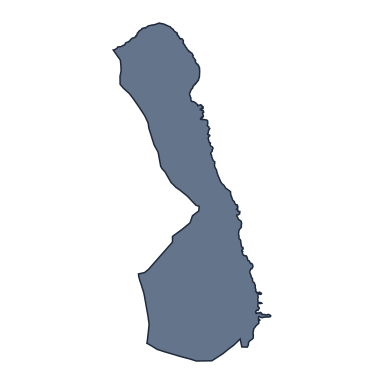 Domoni, Andjouân, Comoros (Albers equal-area conic projection)
{"feature_id": "10938185B41806506469500", "entity_name": "Domoni", "entity_type": "district", "adm_level": 2, "iso_a3": "COM", "parent_name": "Comoros", "parent_adm1": "Andjouân", "projection": "albers", "projection_center": [44.503, -12.179], "detail": "fine", "context": "isolated", "style": "filled", "palette": "slate", "viewbox_px": 384, "rotation_deg": 0, "n_neighbors": 0, "source": "geoboundaries", "source_scale": "gbopen_adm2", "svg_char_len": 5969}
<svg xmlns="http://www.w3.org/2000/svg" viewBox="0 0 384 384"><path d="M247.3,347.1L248.2,345.3L248.5,344.1L248.5,342.7L249.2,341.5L249.9,340.8L252.0,339.3L253.1,338.3L253.4,336.0L253.0,332.6L253.5,330.8L253.6,329.1L256.5,325.2L257.9,324.2L258.8,323.2L258.9,322.5L258.5,320.3L259.6,320.4L259.9,320.2L259.8,319.8L258.5,318.7L258.6,317.7L258.5,317.1L258.9,316.6L259.1,316.5L259.9,316.6L260.6,317.3L262.0,317.7L265.0,317.0L266.0,317.2L266.9,316.9L268.6,317.1L270.4,316.6L270.8,315.9L269.9,315.0L268.7,314.5L267.9,314.4L266.6,315.0L266.2,315.0L264.9,314.5L262.5,314.5L261.9,313.7L261.5,313.7L261.2,313.5L261.0,312.6L260.7,312.4L259.3,312.7L258.8,313.2L257.3,312.9L256.7,313.4L256.3,313.5L256.0,313.3L255.8,313.0L255.9,312.3L255.6,311.9L255.7,311.6L256.1,311.1L256.5,310.2L257.1,310.1L258.1,310.4L258.2,310.1L258.2,309.4L259.2,308.7L259.2,308.1L259.1,307.7L258.5,307.2L258.5,306.7L258.2,306.4L257.7,306.2L258.0,303.8L258.6,303.3L260.1,303.6L261.8,303.3L261.5,302.9L260.3,302.5L259.4,302.5L258.6,302.8L258.3,302.6L257.9,301.5L257.8,298.6L258.2,297.2L257.9,295.8L258.0,294.8L258.7,293.5L259.6,294.2L260.5,294.4L261.3,294.0L261.5,293.5L261.4,293.2L260.2,293.0L259.7,292.1L258.7,292.4L258.1,292.9L257.6,292.8L256.9,293.0L256.6,292.6L256.8,292.1L255.7,291.4L255.6,291.2L255.9,290.0L255.2,287.4L255.3,285.6L254.2,282.7L253.3,282.2L252.9,281.6L252.6,280.6L252.5,278.8L252.0,277.9L251.2,277.0L251.1,275.7L250.6,274.8L250.5,274.1L249.8,272.5L249.7,272.0L249.9,271.1L250.8,268.9L251.1,268.7L251.4,268.9L251.8,268.8L252.3,268.0L253.0,266.6L252.5,264.4L251.5,263.4L250.8,263.7L250.2,262.9L249.2,260.9L248.0,260.4L247.8,260.1L246.8,256.6L246.6,256.2L246.3,255.9L245.3,255.9L244.3,255.4L243.7,255.4L242.8,254.4L242.4,252.6L242.4,252.0L242.8,251.4L242.7,251.3L241.9,251.2L241.7,250.7L241.7,250.3L241.9,250.0L243.1,249.0L243.0,247.7L242.4,247.7L242.4,247.3L241.8,247.1L241.6,246.7L240.8,242.4L240.7,240.6L240.5,240.1L239.8,239.2L239.2,238.8L239.0,238.3L239.0,235.7L238.6,235.2L238.7,231.7L239.2,229.9L240.1,228.6L240.9,227.8L241.4,226.9L241.3,225.4L241.6,223.4L241.2,221.4L240.9,221.0L239.5,220.1L238.5,219.3L237.4,217.0L236.8,216.1L236.7,215.2L237.1,214.8L238.1,214.9L239.7,213.8L239.6,213.2L239.6,212.7L239.9,212.1L239.7,212.0L239.7,211.5L239.0,211.6L238.6,211.2L237.8,211.0L237.5,210.6L237.8,210.0L237.7,209.6L236.6,209.2L237.4,208.7L237.2,208.5L237.3,208.3L237.8,207.7L237.8,207.4L237.4,206.9L237.7,206.6L237.4,206.3L237.6,206.0L237.5,205.5L237.1,205.2L237.0,204.7L236.4,204.6L235.8,204.8L235.6,204.6L234.7,203.1L234.3,201.5L233.8,201.3L232.7,200.1L230.7,194.4L230.5,191.6L225.8,188.2L224.7,186.7L224.3,185.7L221.7,183.4L220.7,181.7L218.4,176.4L217.3,173.5L216.4,169.9L214.8,167.2L214.4,164.1L214.8,163.4L214.7,163.1L214.8,161.9L214.5,161.6L213.3,160.7L212.0,157.6L211.6,156.2L211.4,154.7L210.6,153.8L210.6,153.1L212.3,151.0L212.2,149.9L212.3,149.5L213.0,148.7L213.0,148.1L212.8,147.7L212.3,146.9L210.4,145.7L210.0,144.0L210.4,143.4L210.4,143.0L210.2,142.7L209.3,142.5L208.6,140.3L208.6,139.6L208.2,138.9L208.3,137.5L208.6,137.2L208.7,136.7L209.7,135.9L209.8,135.5L209.5,135.0L208.6,134.8L208.3,134.5L207.7,134.5L207.5,133.9L208.1,133.1L208.4,132.0L208.4,130.8L209.6,129.0L209.8,128.6L209.6,128.4L209.2,128.2L208.7,126.7L207.5,125.9L207.2,125.4L207.7,124.3L207.8,122.5L207.5,120.6L206.8,120.1L205.0,119.7L202.9,119.5L201.1,119.5L200.8,119.3L200.4,118.7L200.9,118.1L202.3,117.8L201.9,117.1L202.2,116.9L202.9,116.9L203.4,116.4L203.1,115.9L203.3,115.4L202.8,114.6L202.8,113.8L202.4,113.2L203.0,112.5L203.6,112.4L203.5,111.0L202.3,110.3L202.1,110.4L201.8,110.2L201.4,110.2L201.0,109.7L200.2,109.6L200.2,109.3L201.1,108.8L201.8,108.2L202.5,108.7L203.1,108.5L203.1,106.8L201.8,106.2L201.8,105.4L201.4,105.1L200.8,104.9L200.8,105.1L200.3,105.0L198.8,105.2L197.8,105.7L197.7,104.9L195.7,102.9L194.1,101.9L193.5,101.8L192.8,101.4L191.9,101.5L190.8,100.1L190.9,97.7L190.2,96.7L190.0,95.4L189.6,95.0L189.5,94.1L189.7,92.7L190.3,92.2L190.4,91.4L191.0,90.4L191.1,89.7L191.4,89.2L192.5,88.4L192.7,87.9L193.1,86.2L193.8,85.7L194.1,85.0L194.4,84.8L194.5,84.5L195.0,84.4L195.5,84.0L195.6,83.5L196.0,83.4L196.2,82.7L197.3,81.7L197.4,81.4L198.4,80.4L198.4,79.6L198.8,78.9L199.4,76.8L199.5,75.7L199.7,70.2L199.4,69.2L199.6,68.3L199.5,67.6L198.8,66.6L198.8,65.9L198.2,65.3L197.9,64.5L197.6,64.5L197.5,64.1L196.6,63.9L196.3,63.5L195.2,61.3L195.6,60.7L195.5,60.2L193.0,56.9L192.9,55.9L193.2,55.6L192.3,53.9L191.9,53.3L191.4,53.0L190.4,52.0L189.1,51.8L188.8,50.6L188.4,50.5L187.3,49.5L186.6,48.0L185.4,46.6L184.7,45.0L184.0,44.3L183.7,43.7L183.1,43.0L183.0,42.6L183.4,42.0L183.3,40.5L182.4,39.1L181.5,38.6L180.9,38.6L180.3,39.0L179.9,38.7L179.4,37.4L178.7,36.8L178.6,36.2L177.9,35.8L177.7,34.9L177.3,35.0L177.2,33.1L176.8,32.7L175.6,32.1L174.4,31.2L173.8,30.6L173.1,29.2L172.6,29.1L171.1,27.9L170.5,27.0L167.2,25.6L164.5,24.3L161.5,23.5L160.7,23.5L159.3,23.0L154.3,24.8L152.1,25.0L148.4,25.9L147.4,26.4L145.7,27.9L144.2,27.8L143.8,28.1L142.1,28.4L141.9,28.6L141.7,29.5L140.0,30.4L138.7,31.4L138.4,32.2L137.2,33.4L136.9,35.1L136.5,35.7L135.9,35.8L135.8,36.6L135.2,37.1L133.8,37.8L132.5,38.1L131.8,38.5L130.3,39.9L129.9,40.8L129.1,41.2L128.3,42.0L127.4,42.1L125.8,42.8L125.4,43.2L124.8,44.7L124.6,44.9L123.0,45.5L120.6,46.8L119.9,46.7L119.1,46.9L118.3,46.8L117.9,46.9L116.9,48.3L116.5,48.6L114.8,49.6L113.2,50.0L120.3,60.0L120.9,65.4L121.1,70.9L120.0,76.3L120.1,84.3L123.3,88.1L129.4,93.6L133.1,98.5L138.6,106.3L144.7,115.7L148.1,122.9L148.9,128.3L154.1,144.9L158.1,152.1L160.7,166.3L162.0,168.7L165.1,172.0L171.0,182.4L176.1,187.5L179.4,189.7L187.1,195.9L195.9,205.2L199.2,206.4L198.7,211.0L192.5,215.7L190.0,222.9L182.1,229.4L172.5,236.4L172.5,242.1L148.3,269.6L144.5,272.6L138.5,273.9L138.7,276.2L139.7,280.1L141.3,284.8L144.0,293.7L148.0,316.2L149.1,324.4L148.3,332.2L147.2,341.7L146.8,343.2L151.4,345.8L157.2,349.4L165.3,352.0L181.9,356.9L190.1,359.0L196.2,361.0L211.9,360.8L223.0,353.6L228.1,349.4L233.4,345.5L240.2,339.0L241.8,347.0L247.3,347.1Z" fill="#64748b" stroke="#1e293b" stroke-width="1.5"/></svg>